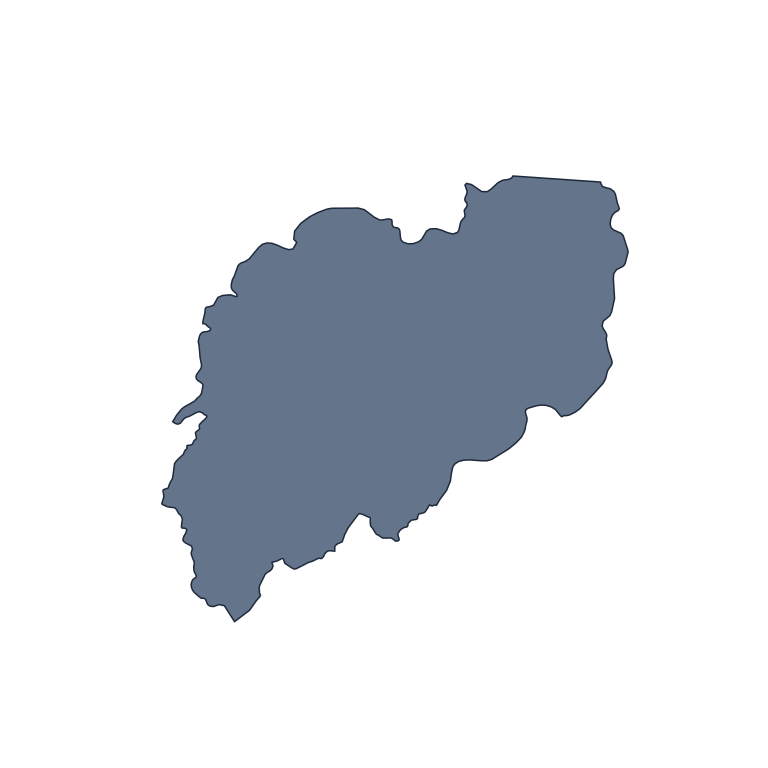 the border of Northern Areas, rotated 298°
{"feature_id": "PAK-1111", "entity_name": "Northern Areas", "entity_type": "Centrally Administered Area", "adm_level": 1, "iso_a3": "PAK", "parent_name": "Pakistan", "parent_adm1": "", "projection": "albers", "projection_center": [74.17, 35.776], "detail": "fine", "context": "isolated", "style": "filled", "palette": "slate", "viewbox_px": 768, "rotation_deg": 298, "n_neighbors": 0, "source": "natural_earth", "source_scale": "10m", "svg_char_len": 6171}
<svg xmlns="http://www.w3.org/2000/svg" viewBox="0 0 768 768"><g transform="rotate(298 384 384)"><path d="M527.3,278.8L528.7,284.9L526.7,297.0L526.8,303.0L527.8,305.2L530.9,309.1L532.2,311.1L532.6,313.7L531.0,315.0L528.8,316.1L527.2,318.1L527.1,319.7L528.2,322.4L528.1,324.1L527.5,325.3L526.6,326.1L520.6,330.1L519.1,331.7L518.2,334.2L519.0,339.3L521.8,344.1L525.7,347.7L529.5,349.4L539.0,349.8L542.5,351.8L545.7,357.2L546.9,363.0L547.5,369.3L548.9,374.6L552.4,377.7L555.3,377.8L561.1,376.1L564.0,375.7L566.5,376.1L568.4,376.8L570.3,376.8L574.8,373.4L576.9,373.4L579.1,373.8L581.5,373.3L582.3,372.4L583.7,369.7L584.9,368.7L586.2,368.3L587.6,368.0L590.3,367.9L593.2,366.9L597.7,362.1L599.9,362.7L601.2,367.6L599.8,380.0L602.3,384.9L606.5,387.1L615.5,390.2L619.6,393.1L622.6,397.2L624.2,398.9L626.4,400.1L628.2,400.2L664.0,480.4L663.2,480.9L660.9,484.1L661.5,487.8L662.6,491.9L661.9,496.7L660.1,499.3L652.8,505.6L650.5,508.3L649.0,509.6L647.1,509.3L643.7,507.2L640.3,506.4L635.9,506.9L631.6,508.5L628.7,511.0L627.8,514.5L628.4,522.6L627.3,525.6L616.3,536.8L614.7,537.7L604.0,540.3L601.8,540.3L599.8,539.6L594.3,535.7L589.5,535.0L584.8,537.0L567.8,547.4L554.6,551.1L550.4,551.3L542.5,548.1L538.1,549.1L536.2,551.0L533.7,555.4L532.0,557.5L531.2,558.0L527.8,559.2L519.8,565.5L512.7,573.1L510.2,575.3L507.8,575.9L502.6,575.3L499.9,575.3L492.7,577.2L487.2,577.1L454.2,568.6L449.0,566.1L444.0,562.5L442.0,560.3L440.2,557.4L438.6,556.4L438.8,554.8L441.9,547.6L442.3,542.7L441.4,537.7L439.3,532.8L436.2,528.7L430.4,522.7L427.9,521.4L425.5,522.0L421.2,526.2L418.7,527.5L413.9,528.6L411.0,529.7L407.2,530.3L401.4,530.3L393.7,528.1L385.3,524.6L368.1,514.6L364.7,511.2L362.1,506.4L357.2,495.3L354.1,490.1L350.6,486.2L346.6,484.1L343.5,483.6L337.0,485.4L329.5,488.2L319.4,489.2L307.9,487.5L301.5,487.3L301.4,486.4L301.3,486.1L300.8,485.5L299.1,484.0L298.7,483.2L298.6,482.6L298.9,481.4L298.6,481.1L298.2,480.8L295.9,480.9L290.6,480.4L289.9,480.1L289.2,479.7L286.8,477.3L286.5,476.8L286.4,476.4L285.9,476.0L285.1,475.8L283.1,475.9L282.1,476.2L281.2,476.7L280.3,476.5L279.7,476.2L276.7,472.2L273.5,471.0L272.1,470.8L269.9,471.6L269.2,471.6L268.6,471.3L266.2,468.7L263.9,467.4L262.5,466.9L261.4,466.7L258.4,466.6L258.0,466.7L257.1,467.2L254.6,469.8L254.1,470.2L253.3,470.5L252.9,470.5L252.3,470.2L251.6,469.5L250.8,468.1L250.7,467.3L250.8,466.8L251.1,466.0L251.4,463.6L251.4,463.0L251.2,462.2L247.6,455.7L247.4,455.2L247.4,454.1L247.9,449.9L247.7,448.5L247.8,448.0L248.3,446.7L251.1,441.9L252.4,438.9L254.3,437.4L257.4,435.7L258.6,435.2L259.1,434.9L259.5,434.5L259.5,434.1L259.2,432.4L258.8,426.1L258.7,425.6L258.0,423.1L256.3,422.4L240.4,419.9L232.6,420.0L225.1,421.2L220.3,417.5L217.4,416.9L213.3,419.0L211.8,415.6L211.2,414.0L210.0,412.8L209.0,412.2L208.0,411.8L206.6,411.5L205.9,411.4L203.5,411.7L201.2,411.1L200.8,410.9L200.4,410.6L199.8,408.9L199.5,408.3L198.7,407.5L194.0,404.1L191.1,401.2L179.8,393.3L179.0,392.5L178.6,391.8L178.4,391.0L178.3,388.8L179.1,381.0L179.2,380.5L179.6,380.1L181.9,377.8L182.3,377.2L182.3,376.7L182.1,376.2L181.7,375.6L178.1,373.1L176.7,371.9L175.0,370.0L174.5,369.1L174.3,368.9L173.9,368.8L173.3,369.2L172.3,370.5L171.3,371.3L170.7,371.6L169.9,371.7L168.6,371.8L167.3,371.7L165.4,371.0L164.5,370.5L163.5,369.8L161.7,368.9L160.7,368.5L159.9,368.4L147.7,368.8L145.7,369.4L141.0,372.2L139.5,374.1L137.8,374.2L132.6,373.0L121.1,371.5L104.0,363.6L113.2,347.3L113.3,346.8L112.3,343.9L112.2,342.7L111.4,341.6L107.6,338.1L107.0,337.0L106.9,336.5L106.4,335.3L106.2,334.3L106.2,333.5L106.5,332.1L106.9,331.4L110.1,327.4L110.3,326.4L110.2,325.6L109.1,323.4L109.1,322.8L109.4,320.5L110.9,314.3L111.3,313.3L111.8,312.4L112.5,311.3L113.5,310.1L114.5,309.2L116.2,307.9L117.9,307.4L119.4,307.1L120.5,307.0L121.9,307.2L125.1,308.6L125.9,308.6L126.6,308.3L129.2,304.6L129.8,304.0L132.2,302.4L134.0,301.5L135.8,301.0L136.6,300.7L137.9,299.7L142.5,294.4L143.6,293.5L144.6,293.0L148.4,292.2L149.3,291.5L150.2,290.3L150.5,289.6L150.6,288.8L150.5,287.0L150.5,283.2L151.1,280.5L151.8,279.8L153.1,279.2L155.5,278.8L159.1,278.9L162.2,278.5L162.7,278.2L163.1,277.7L163.2,276.6L163.1,275.8L162.1,273.5L162.1,272.9L162.5,272.4L163.3,271.9L169.7,269.5L171.3,268.2L172.3,266.8L172.7,265.7L173.1,263.8L173.5,263.1L175.1,260.6L176.2,258.6L176.4,258.1L176.4,257.7L176.1,256.4L174.2,251.3L173.8,249.4L173.7,246.1L173.6,244.7L173.8,244.2L174.4,243.8L176.7,243.5L180.8,242.6L182.2,241.9L185.8,239.1L186.4,238.8L187.1,238.9L188.3,239.8L190.3,241.8L190.9,242.2L191.4,242.2L194.5,241.6L197.8,241.4L199.9,241.6L200.9,241.6L203.1,241.0L215.5,236.4L217.2,236.6L220.1,237.2L227.4,239.7L228.1,239.8L230.7,239.5L232.2,239.5L232.7,239.7L233.6,240.2L234.3,240.2L235.0,240.0L236.7,239.1L237.3,239.1L237.7,239.5L238.8,241.2L239.5,242.1L240.0,242.6L240.5,242.9L241.3,243.0L244.5,242.9L245.4,243.1L246.7,243.8L247.4,243.9L248.0,243.8L249.4,243.0L251.8,240.8L252.6,240.4L253.5,240.5L254.4,240.9L256.8,242.1L257.5,242.1L258.2,241.9L260.6,240.3L261.0,240.2L262.4,240.3L266.2,241.4L268.7,242.4L271.1,242.9L271.8,242.9L272.6,242.5L272.8,241.6L272.6,239.5L272.8,238.9L273.3,237.5L273.3,236.8L272.8,233.9L272.0,233.0L270.6,231.7L263.8,227.1L262.1,225.2L260.4,224.2L259.1,223.6L254.7,222.8L253.7,222.5L252.5,221.6L251.8,220.8L251.5,220.1L251.2,218.2L251.5,215.1L258.9,215.5L266.4,216.9L270.1,218.5L280.0,224.8L283.6,225.7L287.2,227.1L290.7,227.1L297.9,224.8L299.1,223.3L299.7,218.1L300.5,215.9L302.2,214.6L304.2,214.1L312.1,215.1L315.1,214.0L321.0,209.2L331.1,202.7L334.2,200.1L339.2,198.7L341.8,198.5L344.2,199.3L345.1,200.1L347.3,203.3L349.7,205.4L351.6,204.8L352.4,200.0L352.9,198.9L353.0,197.8L352.8,196.7L352.2,195.8L354.5,194.6L362.3,192.6L366.7,190.8L368.5,191.2L370.3,193.6L373.6,196.5L382.4,196.7L386.3,199.8L389.8,205.1L390.8,207.0L391.5,211.6L392.2,213.0L393.8,212.3L394.6,210.9L395.6,206.5L396.8,204.5L398.5,203.3L400.6,202.3L404.8,201.2L409.3,201.1L419.7,199.6L421.9,200.0L423.7,201.0L427.1,204.0L431.3,206.3L445.6,209.2L450.3,211.1L453.5,214.3L455.6,218.9L456.5,224.7L456.8,230.9L457.8,236.6L460.4,240.2L467.8,240.5L468.5,239.4L468.9,237.8L469.6,236.3L477.1,233.3L486.8,235.1L496.5,239.7L504.1,244.9L511.4,251.3L514.5,255.1L527.3,278.8Z" fill="#64748b" stroke="#1e293b" stroke-width="1.5"/></g></svg>